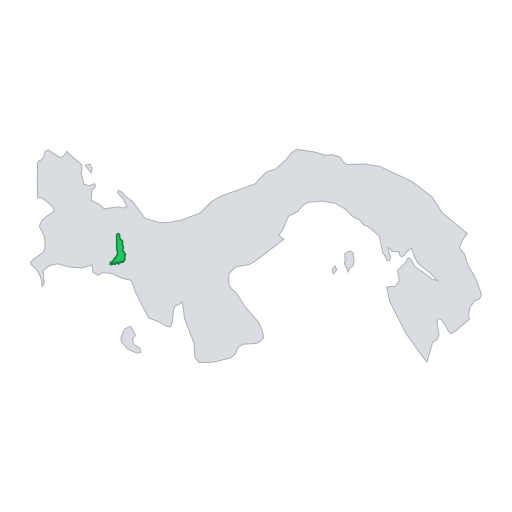 location of Mironó, Ngöbe Buglé, Panama
{"feature_id": "35544464B14615778162617", "entity_name": "Mironó", "entity_type": "district", "adm_level": 2, "iso_a3": "PAN", "parent_name": "Panama", "parent_adm1": "Ngöbe Buglé", "projection": "natural_earth1", "projection_center": [-81.895, 8.486], "detail": "fine", "context": "in_parent", "style": "filled", "palette": "green", "viewbox_px": 512, "rotation_deg": 0, "n_neighbors": 0, "source": "geoboundaries", "source_scale": "gbopen_adm2", "svg_char_len": 6870}
<svg xmlns="http://www.w3.org/2000/svg" viewBox="0 0 512 512"><path d="M467.3,233.6L465.9,234.9L461.6,241.9L459.3,248.0L464.8,254.4L466.5,261.2L469.6,268.5L474.5,275.9L480.0,289.7L481.3,295.2L479.7,298.8L474.6,301.0L469.8,307.4L468.5,315.2L469.4,319.1L454.9,331.6L451.2,333.7L448.7,331.8L445.6,325.5L441.9,320.4L439.9,318.6L438.8,318.6L437.6,319.7L437.1,322.5L439.0,334.3L437.4,339.0L432.5,342.7L427.0,361.9L424.7,359.4L406.1,333.6L389.9,301.7L386.6,287.2L390.7,286.4L394.8,286.7L396.9,284.5L399.4,280.3L397.4,270.5L405.2,263.1L408.1,258.1L410.3,258.6L415.4,267.2L422.8,272.0L432.0,279.1L437.6,280.8L430.5,273.3L418.1,263.5L414.6,257.1L411.4,248.1L406.5,252.0L404.3,255.3L401.8,257.1L399.7,254.9L399.3,252.0L392.0,251.4L390.1,248.8L388.2,247.3L389.1,252.9L390.5,256.4L389.8,260.5L387.4,260.8L385.4,256.5L382.8,252.6L379.3,236.3L371.0,228.7L367.2,226.1L364.1,225.1L359.5,219.9L353.5,217.1L345.2,209.0L335.0,203.2L322.7,201.2L307.6,202.4L302.6,205.7L299.1,209.8L297.5,211.7L288.6,216.3L285.3,223.1L283.2,228.9L278.8,235.4L283.8,239.3L254.9,261.3L249.1,264.5L236.1,266.8L233.1,269.2L229.1,273.5L228.6,280.2L229.2,285.8L233.0,290.1L236.4,292.9L244.5,306.0L258.8,322.6L261.6,328.6L263.8,337.6L259.5,341.8L256.1,343.5L242.5,344.2L237.8,347.8L235.9,353.3L230.8,357.8L213.2,362.2L199.3,362.7L195.0,357.6L194.0,343.2L184.6,318.6L182.4,301.7L180.1,303.8L175.2,305.8L173.5,310.0L172.3,322.5L170.4,326.7L166.6,326.3L158.8,321.8L148.4,317.7L135.1,291.3L133.7,286.3L131.1,280.4L120.9,277.9L112.1,273.4L102.6,272.7L97.7,275.2L92.8,272.0L91.9,264.8L81.9,268.0L69.1,266.9L57.6,263.8L49.7,265.5L43.2,270.6L44.1,283.8L42.1,286.4L41.8,281.0L39.6,274.8L36.8,269.7L31.0,264.4L30.7,262.4L33.0,259.7L43.5,252.0L44.8,248.8L45.0,242.1L44.0,235.7L39.3,226.3L42.0,220.4L47.4,215.8L52.9,212.1L53.9,210.5L52.9,207.3L49.6,203.8L42.0,198.0L37.5,197.6L37.3,180.6L37.6,162.7L38.7,160.9L41.5,159.8L43.7,157.1L45.0,151.7L48.3,149.9L54.3,154.0L60.4,157.6L62.9,156.4L64.8,154.6L66.2,152.9L66.6,151.2L71.5,156.0L81.5,164.5L82.1,168.7L81.1,172.7L83.9,184.2L89.1,185.9L94.3,183.6L95.6,185.8L94.6,187.9L91.9,190.3L91.2,200.1L99.8,204.8L104.1,208.8L118.3,206.9L123.5,208.0L127.1,206.8L123.1,198.9L117.8,193.0L118.2,190.4L122.3,192.3L125.3,196.3L132.3,201.3L145.2,218.5L159.9,222.7L171.6,222.1L182.4,219.8L199.8,213.1L212.3,201.0L222.3,195.6L254.7,184.1L266.2,172.1L271.0,170.5L275.6,169.0L285.8,160.0L291.3,152.9L297.0,149.3L314.2,151.9L325.3,155.2L332.9,154.8L340.3,157.2L343.5,162.3L346.9,164.5L365.0,164.0L379.9,166.5L412.5,181.8L432.0,196.9L442.3,212.9L467.3,233.6ZM140.7,352.6L136.5,353.0L127.8,349.2L121.5,341.8L121.0,339.4L121.1,336.9L124.6,329.3L129.2,326.7L131.0,326.7L135.5,335.5L132.5,338.9L133.7,344.3L140.0,348.3L140.7,352.6ZM349.7,268.1L348.2,271.9L344.5,263.4L345.1,261.3L344.9,253.6L348.3,251.6L350.8,251.4L352.9,252.5L354.2,261.5L353.2,265.6L349.7,268.1ZM92.1,168.8L91.2,173.0L85.3,165.4L88.8,164.2L90.1,164.4L92.1,168.8ZM336.8,269.9L333.3,273.9L332.0,270.1L334.4,266.2L335.2,266.2L336.8,269.9Z" fill="#d9dde1" stroke="#a8b0b8" stroke-width="1"/><path d="M123.0,261.8L123.3,261.6L123.4,261.4L123.7,261.2L123.9,261.2L124.1,261.2L124.1,260.7L124.2,260.2L124.6,260.2L124.6,259.9L124.7,259.7L124.8,259.6L124.7,259.4L124.9,259.1L125.0,258.7L124.9,258.6L124.9,258.4L125.0,258.2L124.8,257.9L124.8,257.7L124.8,257.4L124.9,257.2L124.9,256.8L124.9,256.7L125.1,256.2L125.2,255.5L125.1,255.3L125.3,255.0L125.2,255.0L125.2,254.9L125.0,255.0L124.8,254.8L125.1,254.6L125.1,254.4L125.2,254.0L125.2,253.9L124.9,253.8L124.8,253.7L124.6,253.2L124.4,252.9L124.3,252.5L124.3,252.4L124.2,252.3L124.0,252.1L123.8,252.1L123.8,251.9L123.6,251.8L123.7,251.7L123.3,251.2L123.2,250.9L123.0,250.6L122.8,250.5L122.8,250.4L122.8,250.2L122.8,249.9L122.9,249.7L122.9,249.3L122.9,249.1L123.1,248.8L123.1,248.7L123.2,248.4L123.3,248.1L123.2,248.0L123.3,247.8L123.4,247.7L123.5,247.2L123.4,247.1L123.3,246.9L123.2,246.8L123.2,246.6L123.1,246.4L123.0,246.2L122.9,246.0L122.7,245.9L122.6,245.7L122.7,245.4L122.7,245.2L122.4,244.8L122.4,244.7L122.5,244.6L122.4,244.4L122.4,244.0L122.3,243.7L122.4,243.3L122.5,243.1L122.6,242.7L122.7,242.4L122.8,242.3L122.7,242.2L122.6,241.8L122.6,241.7L122.7,241.2L122.3,241.0L122.3,240.9L122.0,240.8L122.0,240.6L122.0,240.3L121.9,240.1L121.7,240.0L120.9,239.9L120.6,239.7L120.4,239.5L120.3,239.2L120.1,238.8L119.9,237.6L119.7,237.0L119.6,236.8L119.6,236.1L119.7,235.4L119.7,235.1L119.6,234.9L119.6,234.7L119.3,234.3L119.1,234.1L118.7,233.9L118.5,233.6L118.4,233.5L118.1,233.6L117.9,233.7L117.5,234.1L117.4,234.2L117.1,234.5L116.9,235.1L116.6,235.1L116.7,249.7L117.2,250.4L117.2,250.6L117.4,250.7L117.4,250.8L117.4,251.1L117.5,251.4L117.5,251.6L117.8,252.0L117.7,252.3L117.7,252.6L117.5,252.8L117.4,252.9L117.3,253.4L117.4,253.5L117.4,253.8L117.3,254.0L117.4,254.3L117.4,254.5L117.4,254.8L117.1,255.0L116.9,255.1L116.9,255.3L116.7,255.5L116.5,255.8L116.7,256.1L116.3,256.7L116.2,257.0L115.9,257.1L115.8,257.3L115.7,257.4L115.7,257.6L115.3,257.4L115.2,257.4L115.1,257.5L115.4,257.7L115.4,257.8L115.1,257.9L115.1,258.2L114.9,258.1L114.7,258.5L114.3,258.6L114.2,258.6L114.2,258.9L114.0,259.0L113.9,259.1L113.8,259.4L113.7,259.6L113.8,259.8L113.7,260.2L113.6,260.4L113.5,260.5L113.3,260.5L113.2,260.7L113.1,260.9L112.7,261.0L112.7,261.3L112.4,261.3L112.5,261.6L112.4,261.9L112.3,262.0L112.2,262.0L112.1,262.4L112.0,262.5L111.9,262.4L111.8,262.5L111.7,262.6L111.4,262.7L111.2,262.6L111.1,262.4L110.9,262.5L111.1,262.7L110.9,262.8L110.8,262.7L110.6,262.5L110.6,262.8L110.6,263.0L110.7,262.8L110.9,262.9L111.0,263.0L110.9,263.2L111.0,263.4L111.1,263.2L111.2,263.3L111.1,263.5L111.3,263.6L111.3,264.0L111.1,263.9L110.8,263.8L110.7,263.8L110.6,264.0L110.4,263.7L110.2,263.7L110.2,263.8L110.2,264.0L110.2,264.3L110.4,264.6L110.9,264.6L110.8,264.3L111.2,264.2L111.1,264.6L111.4,264.6L111.5,264.6L111.6,264.4L111.6,264.2L111.6,263.9L111.8,263.7L112.1,263.6L112.2,264.0L112.8,264.0L113.2,263.8L113.3,263.8L113.2,264.2L113.4,264.2L113.6,263.9L113.5,263.6L113.8,263.4L113.9,263.2L114.3,262.9L114.4,263.0L114.2,263.3L114.3,263.4L114.5,263.6L115.0,263.6L115.2,263.9L115.1,264.1L114.8,263.9L114.8,264.2L114.7,264.2L114.6,264.3L114.8,264.4L115.0,264.4L115.3,264.3L115.3,264.2L115.4,263.9L115.3,263.7L115.3,263.4L115.2,263.3L115.2,263.2L115.4,263.1L115.5,263.1L115.8,263.2L116.0,263.3L116.1,263.2L116.2,262.9L116.2,262.7L116.6,262.4L116.7,262.5L116.8,262.7L117.1,262.5L117.3,262.3L117.5,262.5L117.8,262.7L118.0,262.7L118.1,263.1L118.0,263.3L117.8,263.2L117.7,263.5L118.0,263.7L118.7,263.8L118.6,263.5L118.6,263.4L118.8,263.2L118.9,263.3L118.9,263.5L119.0,263.4L119.0,263.0L118.9,262.9L118.8,262.7L119.1,262.7L119.2,262.4L119.7,262.1L119.8,262.2L119.6,262.4L119.7,262.6L120.0,262.4L120.0,262.7L120.4,262.7L120.5,262.5L121.0,262.4L121.0,262.1L121.8,262.2L122.0,262.2L122.7,262.2L122.6,261.8L122.7,261.5L122.6,261.4L122.8,261.4L122.9,261.5L123.0,261.7L123.0,261.8Z" fill="#22c55e" stroke="#15803d" stroke-width="1.5"/></svg>